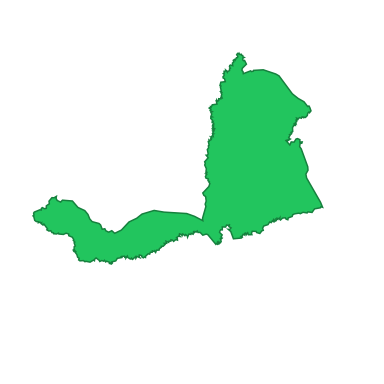 outline of Dong Charoen, Phichit, Thailand, rotated 145°
{"feature_id": "78962969B92900042333886", "entity_name": "Dong Charoen", "entity_type": "district", "adm_level": 2, "iso_a3": "THA", "parent_name": "Thailand", "parent_adm1": "Phichit", "projection": "robinson", "projection_center": [100.63, 16.0], "detail": "fine", "context": "isolated", "style": "filled", "palette": "green", "viewbox_px": 384, "rotation_deg": 145, "n_neighbors": 0, "source": "geoboundaries", "source_scale": "gbopen_adm2", "svg_char_len": 6054}
<svg xmlns="http://www.w3.org/2000/svg" viewBox="0 0 384 384"><g transform="rotate(145 192 192)"><path d="M71.8,256.3L72.5,255.8L74.3,256.6L74.5,257.6L82.1,259.5L81.2,261.2L81.3,263.1L79.8,264.5L74.1,265.5L73.5,269.6L74.5,270.0L74.6,271.1L73.6,272.5L72.1,272.3L72.7,273.2L72.2,274.7L73.0,275.7L72.6,276.5L74.1,277.4L73.9,278.7L74.6,278.4L75.2,279.4L76.7,278.8L76.6,276.9L77.6,276.0L78.6,276.5L81.1,275.2L81.1,276.2L82.7,276.2L83.1,274.6L85.0,274.4L86.2,272.1L87.6,273.9L88.5,274.0L89.5,273.1L89.6,271.3L90.7,271.3L91.6,270.0L93.7,270.1L93.9,270.9L94.4,270.2L94.6,272.4L95.0,271.7L96.5,272.5L97.2,271.1L98.4,271.0L98.0,270.3L99.0,268.9L100.4,268.7L101.1,267.6L100.4,266.2L101.4,263.3L105.4,265.4L108.0,263.2L107.5,262.2L108.5,261.8L110.1,257.9L111.0,258.0L110.6,256.4L111.3,256.5L111.6,254.8L112.9,253.9L113.4,251.9L114.2,252.8L114.9,251.8L116.6,253.1L117.6,251.6L118.8,251.6L118.9,253.1L119.3,252.5L119.8,252.9L121.1,249.7L125.4,251.8L127.4,250.6L127.8,251.3L128.6,250.1L128.7,250.9L129.8,250.9L129.2,248.7L130.4,248.3L129.4,246.2L130.8,246.6L131.1,244.5L133.1,243.1L132.5,242.0L133.6,242.5L134.5,241.4L134.0,239.4L135.1,238.0L134.4,237.7L135.6,237.2L134.8,235.8L135.8,234.5L136.4,235.1L137.4,234.4L136.9,233.4L138.1,232.8L137.4,232.7L138.0,232.1L137.3,231.2L138.7,231.3L138.3,230.4L139.1,230.6L139.0,229.7L140.1,230.1L140.0,229.0L141.6,228.2L141.0,227.3L141.9,227.5L142.6,225.9L142.7,226.5L144.2,226.2L144.5,225.4L145.1,226.2L145.1,225.0L146.1,224.9L146.2,223.9L147.9,224.0L148.2,224.9L148.9,223.7L149.7,224.0L151.1,220.6L152.1,220.5L153.1,218.6L155.1,218.0L156.8,214.1L158.1,213.3L159.3,214.0L159.1,210.8L164.3,209.5L164.6,208.0L166.1,206.8L166.9,202.8L168.7,200.9L168.5,199.7L169.4,199.9L169.6,198.4L170.3,198.8L170.1,198.0L172.2,196.9L172.6,195.3L171.2,193.4L172.4,192.1L171.9,190.5L172.5,190.2L172.5,188.7L175.1,186.8L183.7,185.0L184.2,182.6L183.5,180.4L185.6,176.4L188.2,174.5L188.9,172.2L198.5,164.4L199.6,162.3L203.9,170.6L208.7,177.4L226.5,191.6L233.6,198.6L245.6,202.6L252.4,202.2L260.8,203.6L271.7,201.3L279.0,202.5L279.9,206.3L283.3,206.9L284.8,209.6L284.5,211.9L286.9,213.0L285.8,217.4L286.2,219.5L290.8,225.0L291.2,228.6L290.1,233.3L290.5,238.3L294.3,244.8L295.1,253.2L302.8,259.6L305.4,259.1L307.3,262.4L307.0,264.8L305.6,266.2L308.3,266.4L310.0,267.7L314.4,266.5L315.6,264.2L319.3,264.2L320.7,262.2L322.3,262.8L323.6,265.1L324.9,264.9L325.9,263.7L326.9,264.7L332.7,266.0L333.9,265.5L334.6,263.8L335.9,263.6L335.6,262.9L337.1,259.0L336.5,257.1L334.8,255.7L335.5,255.0L333.7,254.3L333.7,253.0L333.0,253.0L333.6,252.4L333.0,250.4L331.7,250.7L331.5,244.7L332.6,244.3L331.6,242.1L329.9,241.3L330.0,239.1L328.9,238.1L329.3,237.2L327.0,235.3L325.0,234.9L325.2,234.0L321.7,231.0L318.8,230.5L317.1,228.3L318.0,226.9L316.0,223.7L316.1,221.0L317.0,220.5L316.7,218.2L317.7,218.0L318.6,214.7L319.8,214.8L321.7,212.4L322.6,212.6L322.8,211.7L321.8,211.7L322.2,211.1L321.6,211.1L321.4,209.8L322.3,210.0L322.2,206.8L323.1,204.2L322.5,202.4L323.8,201.4L323.3,199.9L320.3,198.1L319.7,196.3L318.6,196.0L315.7,193.0L311.6,192.7L311.3,191.7L310.3,192.8L308.4,193.0L307.2,189.3L307.4,188.0L305.2,187.6L304.0,186.0L302.9,186.3L302.8,184.2L301.7,184.3L300.8,183.1L300.1,182.1L300.6,181.0L299.0,180.5L300.0,180.1L299.3,179.2L298.0,179.5L297.8,180.7L294.0,179.3L291.2,180.5L287.0,178.5L286.5,178.8L287.3,179.6L286.8,179.7L284.1,178.1L284.5,177.1L283.3,176.8L284.0,175.8L281.7,176.6L282.1,175.3L281.2,172.9L280.5,172.1L279.5,172.5L279.3,170.9L275.3,171.4L276.0,169.9L274.1,170.8L272.4,168.2L272.3,169.5L271.3,170.6L269.7,168.8L270.3,167.6L269.7,166.0L268.0,166.0L267.6,165.1L266.7,166.1L263.3,166.5L262.3,165.4L260.7,166.5L259.1,165.5L258.2,166.5L257.1,164.9L256.3,165.2L256.4,163.4L254.5,164.7L252.3,163.3L251.2,164.3L248.7,164.3L248.3,165.1L246.7,164.1L244.1,164.5L244.2,165.8L242.2,164.5L241.5,166.5L240.0,164.1L239.1,164.8L237.4,163.9L236.6,164.9L235.5,163.6L235.4,162.1L232.5,162.3L231.5,160.9L230.6,162.5L230.8,163.5L228.4,163.5L227.2,162.3L227.2,163.9L226.2,164.9L225.0,163.2L225.2,161.9L223.6,162.9L222.9,160.3L221.6,160.8L221.0,158.7L221.5,157.6L218.6,159.3L217.3,157.9L216.4,158.6L215.3,156.8L213.6,158.5L213.3,157.4L212.2,158.0L211.6,156.8L210.1,157.1L210.3,155.4L208.5,154.2L207.9,150.4L204.5,149.4L203.5,148.0L202.5,135.5L201.7,135.8L201.0,134.3L200.3,134.3L199.9,136.4L199.1,136.5L199.1,134.3L198.2,134.9L197.8,134.1L196.4,134.8L195.9,136.6L194.1,136.9L194.8,137.6L193.8,137.6L193.7,138.7L191.9,139.5L192.6,143.2L191.7,143.9L190.2,144.6L188.9,143.6L187.2,146.0L184.6,144.0L182.6,145.1L181.1,143.5L179.6,144.0L181.6,142.5L180.6,140.2L182.7,139.7L183.7,140.6L182.9,137.4L184.9,129.9L178.0,126.0L176.8,126.1L177.2,127.4L176.3,127.0L174.5,128.0L173.7,126.8L172.7,127.9L171.6,127.6L172.3,125.8L169.8,126.6L170.3,124.6L167.4,122.7L167.0,124.0L165.2,125.3L162.0,122.9L162.3,121.7L160.2,119.1L157.1,120.1L155.6,119.7L154.9,121.9L152.6,123.0L148.5,121.7L145.5,122.9L144.7,121.5L143.0,122.2L142.4,121.2L142.2,122.2L141.4,122.4L141.2,121.5L140.8,122.3L140.1,120.2L139.1,120.4L138.8,121.7L137.5,120.5L137.3,121.6L135.7,120.1L134.9,120.4L135.8,119.3L135.6,118.3L132.8,118.7L130.4,117.4L130.5,115.8L129.4,114.3L128.0,115.6L124.0,114.5L122.5,115.6L120.6,115.3L116.6,113.4L115.7,112.1L112.7,111.7L109.7,108.8L108.4,109.2L105.4,106.4L101.3,107.9L95.8,105.4L94.8,105.9L93.8,104.6L92.6,109.9L90.1,137.7L88.4,141.4L84.5,143.3L82.7,146.3L77.8,164.6L77.8,167.4L75.7,169.7L74.0,169.0L73.0,169.8L75.0,171.1L73.6,173.0L74.9,175.2L76.4,175.7L79.8,174.3L82.0,176.1L84.9,174.4L85.5,180.3L84.1,179.9L84.2,179.1L81.5,179.0L82.1,179.6L81.3,179.8L81.5,181.2L79.1,182.2L79.1,183.1L77.3,182.5L76.2,183.3L76.5,184.0L74.8,183.8L72.8,187.0L70.5,188.2L69.4,187.4L69.3,188.5L68.5,188.0L68.8,189.0L67.6,188.5L67.5,189.5L65.9,189.6L65.8,190.7L64.3,190.6L64.7,191.6L63.9,191.5L63.8,192.3L62.9,191.0L61.3,191.3L60.1,189.7L58.7,190.4L57.9,188.8L57.4,189.2L56.3,188.0L53.7,188.5L52.0,190.1L50.4,190.4L50.3,189.5L48.0,190.2L47.0,193.8L46.9,195.4L48.2,195.7L48.5,201.7L51.4,207.8L53.5,214.9L54.1,237.2L55.7,240.6L63.5,251.2L71.8,256.3Z" fill="#22c55e" stroke="#15803d" stroke-width="1.5"/></g></svg>